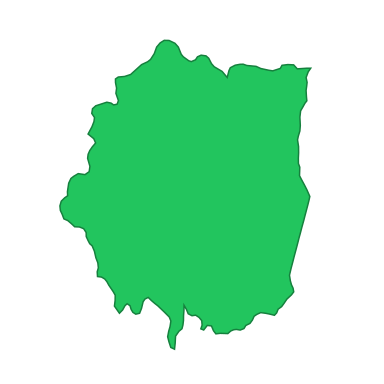 the district of Mucurici, Espírito Santo, Brazil, rotated 353°
{"feature_id": "56859067B59979261152966", "entity_name": "Mucurici", "entity_type": "district", "adm_level": 2, "iso_a3": "BRA", "parent_name": "Brazil", "parent_adm1": "Espírito Santo", "projection": "equal_earth", "projection_center": [-40.52, -18.016], "detail": "fine", "context": "isolated", "style": "filled", "palette": "green", "viewbox_px": 384, "rotation_deg": 353, "n_neighbors": 0, "source": "geoboundaries", "source_scale": "gbopen_adm2", "svg_char_len": 2689}
<svg xmlns="http://www.w3.org/2000/svg" viewBox="0 0 384 384"><g transform="rotate(353 192 192)"><path d="M59.2,189.7L59.1,194.3L60.4,198.2L61.6,203.1L65.2,205.2L68.5,208.8L71.3,212.2L76.0,213.0L80.0,215.2L82.0,219.3L81.6,223.4L82.9,227.4L84.2,230.9L86.3,233.2L87.9,238.8L88.6,245.6L89.9,250.8L89.8,255.9L88.2,259.6L87.9,264.4L91.8,265.4L94.8,267.7L96.6,270.6L98.1,274.4L101.6,281.2L103.2,285.1L102.5,290.2L101.1,295.8L105.2,303.5L108.8,300.6L111.6,296.7L114.0,295.0L116.6,297.3L117.3,301.2L118.7,304.3L121.3,306.4L125.2,306.0L127.7,301.4L130.1,295.0L132.3,292.5L135.7,291.3L138.5,294.8L141.5,298.1L144.2,300.8L149.6,307.4L154.2,313.3L155.3,317.5L153.8,322.9L151.9,327.4L150.2,332.7L150.9,338.1L152.0,343.7L155.5,345.9L156.9,339.9L158.1,333.1L162.1,328.6L165.4,326.5L166.8,322.9L167.9,318.4L168.5,313.9L169.5,308.9L170.3,303.5L172.2,308.0L173.4,312.4L176.9,314.8L180.6,314.7L183.7,317.3L186.0,320.9L185.8,325.4L184.1,328.9L186.8,330.4L190.9,326.3L195.0,327.3L196.4,332.3L198.4,335.7L202.7,335.7L206.6,336.3L210.3,336.9L213.5,334.7L216.6,333.8L219.3,333.8L223.0,334.9L226.9,333.9L229.2,331.0L233.5,329.5L236.4,326.4L238.5,322.9L241.6,321.3L245.5,320.1L250.1,321.3L253.8,322.5L258.8,324.4L261.3,322.3L263.2,318.8L267.0,316.7L269.8,313.7L273.1,309.9L278.2,306.2L280.8,303.5L280.6,299.8L279.4,296.1L278.8,292.1L278.6,286.5L281.1,279.7L284.1,272.2L285.4,268.8L288.6,260.9L290.9,255.1L293.0,249.7L294.3,246.6L296.9,240.0L299.4,234.0L301.2,229.4L305.6,218.4L307.2,214.2L308.4,210.8L306.3,203.8L304.4,198.6L302.2,193.0L300.7,188.9L301.4,184.4L302.0,180.5L301.1,176.7L301.7,171.3L302.6,166.1L303.3,159.9L303.1,153.1L304.3,149.6L306.5,144.6L307.6,139.2L308.2,130.9L309.7,124.7L312.5,121.0L314.9,117.7L317.1,115.5L317.2,111.5L317.6,105.1L318.7,101.0L319.6,97.2L319.2,92.3L322.0,86.9L324.9,83.6L320.5,83.1L311.5,82.6L308.4,78.2L302.7,77.2L296.8,77.2L294.7,80.1L286.9,81.6L283.0,80.5L275.3,77.8L270.9,75.1L261.8,73.1L258.4,71.4L255.2,71.1L250.3,71.4L245.2,73.3L243.5,76.0L240.9,82.6L236.6,76.0L229.3,70.4L227.0,67.0L224.9,61.3L222.5,58.6L217.7,57.3L213.9,58.5L211.6,61.2L207.2,62.5L204.7,61.3L199.8,56.7L198.1,54.0L196.1,46.5L193.2,42.3L187.7,38.8L182.9,38.1L178.6,40.1L174.6,43.8L171.4,50.1L167.0,55.4L163.9,57.3L157.5,59.4L145.4,67.9L139.2,69.1L132.8,68.9L129.8,70.5L129.4,74.2L129.8,79.7L128.5,84.8L130.1,92.3L128.4,95.7L124.8,96.0L122.5,93.9L118.4,92.5L107.0,94.7L103.4,97.2L102.1,101.8L104.3,106.2L103.3,110.1L100.7,115.0L95.9,121.8L101.0,127.1L102.3,131.6L98.6,135.0L95.6,138.4L93.5,141.9L92.5,145.8L93.8,154.1L92.4,159.3L87.9,161.7L81.3,159.9L76.5,162.0L73.5,163.8L70.7,168.2L68.4,176.5L68.1,180.6L65.0,182.2L61.1,185.2L59.2,189.7Z" fill="#22c55e" stroke="#15803d" stroke-width="1.5"/></g></svg>